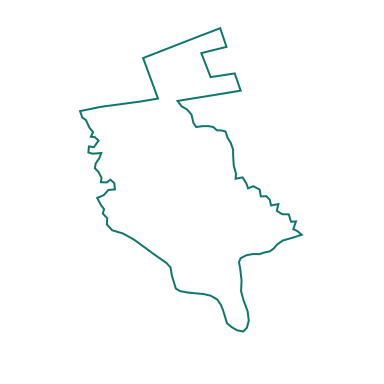 outline of Saudade do Iguaçu, Paraná, Brazil, rotated 163°
{"feature_id": "56859067B21395329583360", "entity_name": "Saudade do Iguaçu", "entity_type": "district", "adm_level": 2, "iso_a3": "BRA", "parent_name": "Brazil", "parent_adm1": "Paraná", "projection": "albers", "projection_center": [-52.606, -25.705], "detail": "fine", "context": "isolated", "style": "outline", "palette": "teal", "viewbox_px": 384, "rotation_deg": 163, "n_neighbors": 0, "source": "geoboundaries", "source_scale": "gbopen_adm2", "svg_char_len": 1624}
<svg xmlns="http://www.w3.org/2000/svg" viewBox="0 0 384 384"><g transform="rotate(163 192 192)"><path d="M279.6,178.8L270.3,172.6L265.3,167.5L261.4,163.4L252.5,151.6L247.8,145.2L237.1,131.5L234.6,126.1L235.7,117.9L235.7,104.4L232.4,100.7L225.9,97.3L215.1,92.8L210.9,91.1L204.6,87.5L199.2,81.7L197.4,75.6L196.9,70.1L196.9,56.2L193.5,51.1L189.2,46.5L183.8,43.6L179.1,46.2L175.3,52.5L173.7,61.6L174.4,73.3L174.1,82.7L170.5,92.8L168.3,104.8L167.6,111.1L164.8,114.5L158.6,115.6L152.0,114.9L145.5,112.8L140.8,113.0L135.0,112.5L130.5,114.0L126.0,116.9L119.7,119.0L107.7,118.9L99.6,119.0L102.7,123.9L106.0,126.8L101.2,133.5L106.0,134.6L106.0,142.3L112.2,144.4L116.4,149.2L112.9,155.2L120.3,156.0L119.9,162.0L122.2,166.3L127.5,167.7L126.6,174.5L131.6,179.6L137.3,179.1L137.5,184.6L139.4,191.2L146.4,191.9L144.6,196.7L144.3,205.2L142.1,214.5L140.3,220.6L140.6,227.8L142.1,233.4L142.3,240.1L146.2,242.5L150.1,243.7L152.7,248.0L157.1,250.2L162.7,251.9L169.0,252.9L170.4,257.3L169.9,266.4L172.7,272.5L176.9,277.0L179.2,283.3L115.8,274.7L116.5,292.9L140.6,296.4L142.5,322.1L116.6,320.7L117.1,340.4L133.1,339.3L138.1,339.0L176.6,336.1L199.6,334.4L197.2,291.3L214.9,293.6L249.3,299.3L255.4,300.2L275.4,302.1L275.2,295.3L272.4,291.8L271.3,283.6L269.1,278.2L272.6,274.4L268.9,272.9L266.3,268.5L272.6,263.6L277.3,265.7L279.5,260.1L275.9,257.7L267.4,255.8L270.8,251.4L275.8,247.4L277.9,243.0L275.5,238.5L274.4,231.9L276.3,228.0L270.7,226.1L266.4,227.6L263.7,223.1L265.0,217.0L271.3,218.4L277.4,214.8L284.4,214.0L282.9,206.1L281.1,201.3L283.6,197.4L280.7,191.7L282.9,185.9L279.6,178.8Z" fill="none" stroke="#0f766e" stroke-width="2"/></g></svg>